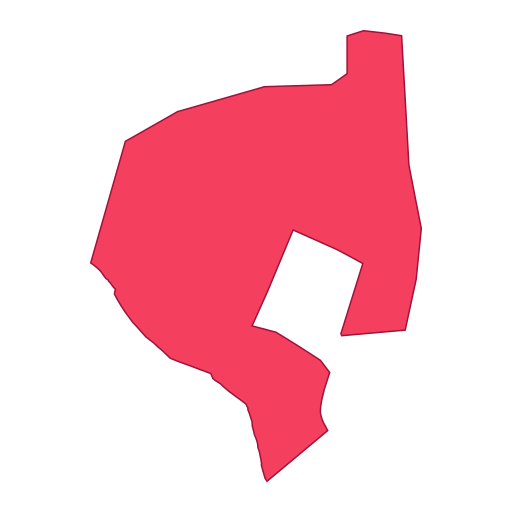 Town, Vieux Fort, Saint Lucia
{"feature_id": "8701671B64489112890700", "entity_name": "Town", "entity_type": "district", "adm_level": 2, "iso_a3": "LCA", "parent_name": "Saint Lucia", "parent_adm1": "Vieux Fort", "projection": "robinson", "projection_center": [-60.954, 13.728], "detail": "fine", "context": "isolated", "style": "filled", "palette": "rose", "viewbox_px": 512, "rotation_deg": 0, "n_neighbors": 0, "source": "geoboundaries", "source_scale": "gbopen_adm2", "svg_char_len": 1368}
<svg xmlns="http://www.w3.org/2000/svg" viewBox="0 0 512 512"><path d="M341.7,335.7L405.2,330.1L416.2,279.2L421.3,228.4L415.5,199.0L408.9,165.0L401.6,35.7L385.5,33.2L363.6,30.7L352.2,34.3L350.4,34.9L347.1,36.0L347.1,73.7L331.5,84.7L264.5,86.7L177.6,111.6L125.4,141.3L90.7,262.9L94.3,265.5L98.6,269.2L101.1,271.8L103.6,275.5L105.9,278.5L106.4,278.9L107.8,279.6L108.7,281.3L110.3,282.9L113.4,287.2L115.4,289.2L114.9,291.5L114.4,294.0L116.9,298.7L120.6,305.0L123.4,309.4L126.2,313.5L133.1,322.8L136.5,326.3L142.4,333.0L146.1,337.1L150.7,340.6L153.8,343.0L158.3,347.3L161.1,349.5L169.2,357.2L170.4,358.3L178.8,361.7L189.6,365.6L200.7,369.8L210.8,373.5L212.9,378.6L216.0,381.0L220.5,383.8L223.3,386.6L228.6,391.1L236.4,396.9L239.9,399.4L246.1,404.2L246.9,406.1L247.9,407.9L247.9,409.8L249.2,413.0L250.7,417.6L252.0,421.7L252.3,426.2L253.5,430.7L254.4,434.7L255.9,438.2L257.2,442.1L257.8,445.1L257.8,447.2L259.3,451.6L261.0,460.0L261.6,463.9L261.3,464.9L262.8,470.5L265.1,478.4L266.5,480.4L267.0,481.3L327.7,430.6L325.6,426.5L323.6,423.0L322.3,419.9L321.5,417.5L320.7,414.4L320.4,412.8L320.4,410.8L320.5,408.7L320.8,405.4L321.3,402.9L321.8,399.6L324.3,389.3L329.7,372.5L320.4,360.3L303.4,349.3L292.4,342.3L276.0,332.2L252.1,325.9L267.8,290.8L293.1,230.0L336.8,249.5L348.5,255.7L362.8,263.5L340.9,333.7L341.7,335.7Z" fill="#f43f5e" stroke="#9f1239" stroke-width="1.5"/></svg>